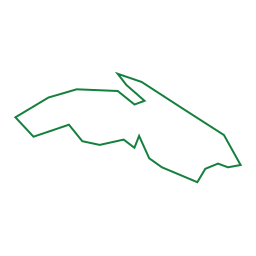 the border of Saint Thomas
{"feature_id": "VIR-4868", "entity_name": "Saint Thomas", "entity_type": "state/province", "adm_level": 1, "iso_a3": "VIR", "parent_name": "United States Virgin Islands", "parent_adm1": "", "projection": "natural_earth1", "projection_center": [-64.931, 18.346], "detail": "fine", "context": "isolated", "style": "outline", "palette": "green", "viewbox_px": 256, "rotation_deg": 0, "n_neighbors": 0, "source": "natural_earth", "source_scale": "10m", "svg_char_len": 426}
<svg xmlns="http://www.w3.org/2000/svg" viewBox="0 0 256 256"><path d="M205.3,168.8L197.3,182.2L161.9,167.3L149.2,158.3L139.1,135.9L134.4,147.8L123.7,139.6L99.7,144.9L82.3,141.2L68.9,124.7L33.5,136.7L15.4,117.3L48.5,97.5L76.7,89.3L117.7,91.0L134.5,104.5L144.5,100.8L126.4,85.0L117.7,73.8L141.7,82.0L183.2,108.9L224.0,135.1L240.6,165.0L228.0,167.3L218.0,163.6L205.3,168.8Z" fill="none" stroke="#15803d" stroke-width="2"/></svg>